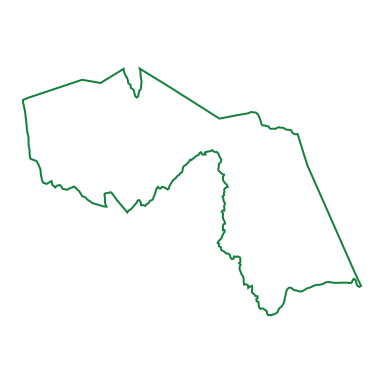 the district of Barra da Estiva, Bahia, Brazil
{"feature_id": "56859067B26480186624590", "entity_name": "Barra da Estiva", "entity_type": "district", "adm_level": 2, "iso_a3": "BRA", "parent_name": "Brazil", "parent_adm1": "Bahia", "projection": "equal_earth", "projection_center": [-41.099, -13.681], "detail": "fine", "context": "isolated", "style": "outline", "palette": "green", "viewbox_px": 384, "rotation_deg": 0, "n_neighbors": 0, "source": "geoboundaries", "source_scale": "gbopen_adm2", "svg_char_len": 4883}
<svg xmlns="http://www.w3.org/2000/svg" viewBox="0 0 384 384"><path d="M361.0,285.8L356.7,276.9L353.7,270.2L324.8,204.7L309.1,169.2L308.1,167.0L307.4,165.5L297.6,134.1L296.0,134.2L294.5,134.2L293.1,133.2L292.0,132.2L291.3,130.3L289.4,129.9L287.4,129.7L285.5,129.4L284.4,128.4L282.6,127.8L280.7,127.7L279.0,127.2L276.8,128.0L275.1,129.0L273.7,128.6L271.2,128.9L269.6,128.2L268.6,126.4L266.3,126.0L264.2,125.4L262.6,125.4L261.5,124.5L261.0,122.2L260.2,119.5L259.2,117.1L258.2,114.8L255.9,112.6L253.5,112.4L251.3,112.0L249.7,112.6L248.1,113.3L246.1,113.7L241.4,114.4L219.4,118.6L184.1,96.2L182.6,95.3L169.6,87.0L139.8,68.7L140.3,70.5L140.5,73.0L140.5,74.9L141.0,78.3L141.4,80.8L141.6,82.7L141.1,84.9L141.1,87.2L140.5,89.5L139.4,90.6L138.8,92.8L138.0,96.6L136.6,97.5L135.3,96.1L134.6,93.8L133.9,90.9L132.9,89.2L130.8,87.9L130.6,84.9L129.2,84.0L128.2,82.9L127.9,80.7L127.1,77.9L125.5,75.5L124.5,72.9L123.7,70.6L123.7,68.8L100.5,83.0L93.6,81.7L89.6,81.1L85.8,80.4L82.0,79.8L39.5,94.0L37.0,94.9L28.6,97.6L23.0,100.0L23.1,102.7L23.5,104.4L24.0,106.8L24.8,110.3L25.1,112.5L25.5,114.9L25.7,117.7L26.1,120.5L26.4,123.2L26.7,125.6L26.7,127.9L27.1,129.9L27.3,132.9L28.2,135.4L28.5,137.7L28.6,140.3L28.5,142.9L28.7,145.8L29.2,147.8L29.6,150.4L29.6,152.7L29.8,155.5L30.0,157.8L30.9,159.1L32.2,159.4L33.7,160.1L35.0,160.4L36.3,160.9L37.2,162.2L38.5,164.6L39.2,166.6L40.1,168.4L40.6,170.7L40.7,173.1L41.1,175.7L41.7,178.7L42.4,181.1L43.3,182.8L44.6,183.1L46.4,184.0L51.5,181.1L52.0,183.0L52.3,185.0L53.6,185.8L55.1,187.5L56.6,185.8L58.3,185.4L59.5,185.0L60.9,185.9L61.9,187.7L62.8,188.9L64.7,189.2L66.8,189.8L68.7,189.0L70.6,187.8L72.4,187.5L73.6,186.6L75.4,187.5L77.6,189.8L79.4,191.5L81.0,194.2L82.2,196.2L84.3,196.9L85.7,197.7L86.7,198.9L87.8,199.9L89.4,200.8L90.9,201.9L92.2,203.0L103.9,206.5L106.5,206.6L105.6,204.7L105.1,203.0L104.9,201.4L105.0,199.2L104.8,196.8L104.4,194.3L105.5,193.2L107.2,193.2L108.6,192.8L110.2,192.2L111.4,192.6L112.8,194.3L115.3,197.9L117.1,200.3L127.4,212.5L128.5,210.6L130.2,209.7L131.8,208.3L133.3,206.6L134.3,205.4L135.5,203.9L136.7,202.6L137.8,200.4L139.3,200.1L140.8,202.4L141.1,205.3L142.6,205.1L144.0,205.4L145.3,205.9L146.7,204.1L147.9,203.6L149.0,202.4L149.8,201.1L151.0,200.3L152.8,199.6L153.6,197.2L154.6,194.8L155.4,193.0L155.7,191.2L156.5,189.0L157.9,186.9L159.0,188.2L160.6,188.5L162.0,186.8L164.2,187.3L166.1,188.5L167.6,189.5L168.8,188.7L169.2,186.7L170.6,184.2L172.0,181.7L173.6,179.7L175.5,178.3L177.3,176.0L179.2,174.9L180.3,173.2L182.0,172.2L182.7,169.9L182.9,167.7L183.9,166.1L185.8,164.9L187.5,163.1L189.0,161.6L190.2,159.7L191.5,160.1L192.5,158.8L194.0,158.3L195.1,156.9L196.3,156.0L198.5,154.9L199.7,153.0L201.1,152.2L202.2,154.5L204.2,154.6L205.5,154.5L204.8,152.5L206.0,152.0L207.9,151.5L210.3,151.3L212.3,150.1L213.8,151.5L215.1,152.1L216.8,152.0L218.5,153.8L219.0,155.7L220.0,157.5L221.4,159.6L220.7,162.2L218.9,163.9L218.8,166.5L218.3,168.8L218.7,170.8L220.1,172.2L222.2,174.1L224.1,174.7L223.0,177.0L222.9,179.6L223.9,181.7L225.2,183.3L226.6,184.5L227.7,186.9L226.2,187.5L225.0,188.3L224.1,189.8L224.5,191.7L223.8,193.2L224.0,195.3L222.5,196.4L223.4,198.5L223.5,200.9L225.0,203.1L224.1,206.3L224.4,208.9L224.3,210.7L222.5,210.5L221.7,211.7L223.1,213.7L222.8,216.7L223.1,218.8L224.7,221.8L225.0,223.7L223.4,224.3L222.9,226.0L223.0,228.2L223.0,230.2L224.4,230.0L224.7,231.7L223.4,233.5L222.4,235.7L221.6,237.8L220.7,239.1L219.4,240.2L218.3,241.5L217.6,243.0L219.1,244.0L218.9,246.2L220.8,247.2L221.4,250.1L223.5,251.2L225.0,252.3L226.3,253.5L227.8,253.6L229.3,254.2L230.0,255.8L230.7,257.8L231.8,259.0L233.3,258.9L234.0,256.5L235.5,256.8L237.7,256.4L240.0,257.5L240.4,259.9L240.4,261.9L239.1,263.1L240.6,264.6L239.6,266.8L239.6,269.4L240.6,271.7L241.3,273.8L242.2,275.2L243.2,276.5L243.6,278.6L243.7,282.0L244.1,284.6L245.6,284.2L246.9,284.7L248.1,285.5L248.2,287.9L249.8,286.7L251.8,285.8L252.3,288.4L252.0,290.1L252.0,292.3L253.0,293.4L254.3,294.3L255.4,296.0L257.5,296.2L257.7,298.1L256.3,299.0L256.7,301.4L258.4,301.7L258.6,304.2L259.1,307.1L260.1,308.8L261.9,308.5L263.3,308.7L264.7,309.7L266.0,310.5L267.0,311.6L267.1,313.6L268.1,315.1L269.7,315.0L271.4,315.3L273.0,314.5L274.5,314.1L275.8,313.5L277.3,312.5L278.1,310.5L279.4,308.2L281.2,306.9L282.9,304.7L284.0,302.3L284.4,300.2L285.1,297.1L285.8,293.9L286.6,290.5L287.8,288.7L289.2,287.7L290.8,287.7L292.3,288.6L293.4,289.8L295.1,290.3L296.5,290.5L297.8,291.0L299.7,291.5L301.9,291.4L303.5,290.5L305.0,289.6L307.0,288.4L308.6,287.9L310.0,287.6L311.7,286.8L313.9,285.6L315.3,285.2L316.9,284.9L318.5,284.9L320.4,284.6L322.4,284.2L324.5,283.0L326.5,282.2L327.8,282.1L329.5,282.1L331.0,282.3L332.9,282.6L334.3,282.8L335.9,282.9L337.2,282.9L338.9,282.8L340.3,282.7L342.2,282.7L344.3,282.7L345.8,282.6L347.3,282.7L349.5,283.0L351.6,282.8L352.5,280.7L353.8,278.8L355.1,279.5L356.0,281.5L356.7,284.3L357.7,286.1L359.5,286.9L361.0,285.8Z" fill="none" stroke="#15803d" stroke-width="2"/></svg>